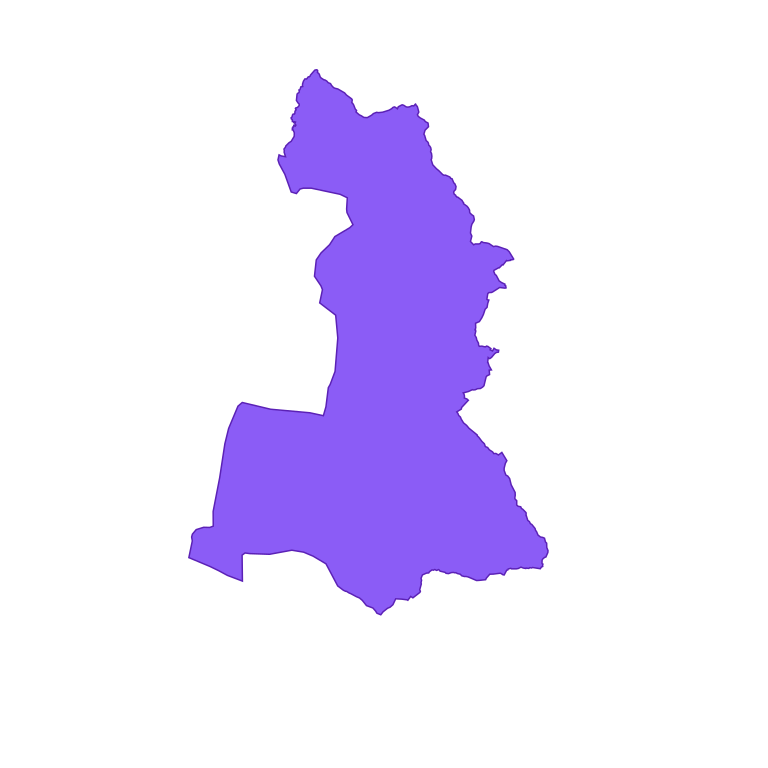 the district of Buciumeni, Dâmbovita, Romania, rotated 303°
{"feature_id": "2599482B58085044870447", "entity_name": "Buciumeni", "entity_type": "district", "adm_level": 2, "iso_a3": "ROU", "parent_name": "Romania", "parent_adm1": "Dâmbovita", "projection": "mercator", "projection_center": [25.46, 45.165], "detail": "fine", "context": "isolated", "style": "filled", "palette": "violet", "viewbox_px": 768, "rotation_deg": 303, "n_neighbors": 0, "source": "geoboundaries", "source_scale": "gbopen_adm2", "svg_char_len": 6159}
<svg xmlns="http://www.w3.org/2000/svg" viewBox="0 0 768 768"><g transform="rotate(303 384 384)"><path d="M319.5,615.4L319.4,614.6L319.8,614.1L322.4,612.5L324.2,612.5L326.3,613.3L327.1,614.0L331.9,613.2L333.6,612.3L335.5,609.6L339.1,607.1L339.5,605.4L342.1,602.6L341.8,600.7L340.9,598.6L341.2,595.4L343.2,592.5L343.9,590.7L345.1,589.4L346.7,584.5L346.6,582.9L347.8,580.8L347.9,578.9L351.3,574.8L351.2,574.7L353.3,573.4L353.6,572.7L354.5,568.7L354.5,567.0L355.5,565.5L354.5,563.1L354.8,561.2L358.4,558.9L358.9,556.7L359.4,555.9L362.1,554.7L364.5,553.0L368.7,545.6L373.1,540.9L374.2,537.9L374.0,535.8L377.0,531.8L378.9,530.6L383.6,529.0L386.6,528.8L390.8,520.1L386.8,518.6L386.7,515.7L385.4,513.9L386.2,512.1L386.2,508.1L387.2,505.5L386.7,503.1L388.5,500.8L389.2,497.3L390.9,492.7L391.4,490.3L392.0,490.0L393.2,479.3L394.3,475.8L394.7,471.9L396.6,467.9L397.9,466.1L398.3,463.8L399.6,462.0L400.2,460.2L405.1,462.5L406.6,461.9L416.3,463.6L416.6,461.7L416.0,459.0L417.8,458.0L419.1,456.6L419.7,455.3L423.8,459.0L427.4,461.2L427.5,461.9L428.8,463.6L431.0,465.0L432.7,467.3L435.1,468.4L437.0,468.8L445.5,465.8L446.9,465.9L449.4,467.4L452.9,464.7L454.3,466.4L456.5,462.2L458.6,459.6L458.5,459.2L462.9,457.0L462.7,458.4L462.9,458.9L464.9,459.7L469.8,460.3L471.7,461.1L473.0,462.6L474.8,461.8L473.8,459.6L473.9,456.8L470.8,457.0L470.5,454.4L471.9,454.4L472.1,450.6L471.6,449.3L470.6,449.0L470.0,448.1L469.1,445.5L467.5,443.4L468.2,442.1L469.7,441.0L471.4,437.9L473.2,436.1L474.4,433.6L478.3,432.2L479.3,431.2L479.1,430.8L481.0,430.4L484.8,427.7L488.3,430.0L492.7,430.0L496.5,429.5L501.8,428.1L504.4,428.7L508.1,427.1L511.5,426.2L510.9,424.6L511.1,424.1L516.4,421.8L517.8,422.2L519.3,424.3L520.4,425.0L527.9,428.4L530.3,433.3L531.1,434.0L532.8,432.4L532.7,431.4L533.6,431.0L533.1,427.3L533.2,424.4L536.3,418.9L536.3,417.5L538.2,414.7L539.2,414.3L544.0,416.9L544.2,417.4L548.6,418.3L548.7,419.0L554.3,419.5L554.3,420.1L556.6,422.8L557.1,422.5L558.6,424.5L559.4,424.7L563.1,417.0L563.7,414.2L561.3,404.4L560.5,402.6L558.9,401.0L559.0,395.6L558.3,393.5L556.7,390.2L556.6,388.6L556.2,388.2L554.0,388.1L552.9,387.0L551.1,384.2L549.6,383.4L550.6,378.9L555.9,377.1L557.7,374.3L563.1,371.6L565.8,370.7L569.7,370.6L571.1,370.2L573.7,367.6L573.8,365.4L574.2,363.2L574.7,362.3L576.4,361.1L577.7,358.7L578.3,356.9L578.5,352.5L579.3,352.1L579.7,350.9L580.5,349.4L580.9,344.0L580.5,343.4L580.7,342.2L581.3,341.4L581.5,339.4L582.5,338.2L583.6,337.7L586.1,338.1L588.8,336.9L590.5,334.4L590.7,333.0L593.2,329.3L592.8,327.8L593.4,326.9L593.4,326.0L592.7,321.9L591.8,320.7L591.6,319.2L592.8,313.6L593.1,310.7L594.4,305.5L597.8,301.4L599.0,301.2L601.1,300.1L603.3,298.2L604.1,296.6L606.2,295.9L607.7,294.4L608.5,292.7L608.6,291.6L610.3,289.9L610.8,288.9L611.1,286.8L614.6,282.7L615.2,281.4L619.2,280.2L624.0,281.2L626.2,279.4L626.9,278.6L626.6,276.5L626.8,275.0L627.3,274.2L626.9,269.6L627.1,267.0L628.0,265.4L631.0,265.1L634.3,261.5L635.0,260.6L635.1,259.4L635.9,258.3L635.9,257.9L633.4,257.5L632.7,255.9L630.4,254.5L629.2,253.2L628.5,251.7L628.5,248.8L628.2,247.5L627.7,246.9L624.3,245.0L622.1,245.3L622.3,243.0L622.0,241.7L620.5,240.7L619.4,240.6L616.4,239.1L611.2,234.8L608.6,231.6L607.8,229.8L605.0,227.8L602.7,227.2L598.3,224.9L596.6,221.9L596.6,218.9L596.3,216.7L596.9,212.4L598.5,212.0L598.9,210.2L601.5,206.6L602.4,204.7L602.4,203.8L604.9,202.7L605.5,201.7L605.9,195.1L606.7,192.4L606.3,184.6L605.3,181.7L605.1,180.3L605.8,177.5L606.8,175.5L606.3,173.1L606.9,171.0L606.8,168.7L606.4,168.1L606.4,164.6L606.8,163.2L608.4,161.2L608.9,160.2L609.0,158.5L610.6,157.8L611.0,157.1L610.7,156.1L609.5,155.0L603.1,154.1L601.6,154.3L601.0,154.1L600.4,153.2L597.7,153.0L596.8,151.5L594.1,151.5L591.5,152.2L589.8,153.1L589.2,153.8L587.9,152.4L585.5,153.1L584.5,153.1L584.2,152.6L582.8,153.9L581.9,153.9L580.5,153.2L579.6,153.3L574.1,156.1L572.9,158.8L572.5,160.5L571.3,161.2L568.8,160.8L567.4,159.6L566.7,159.7L566.1,160.9L564.3,160.8L562.2,161.9L561.7,161.9L560.9,160.8L559.9,160.7L557.9,161.4L556.6,161.1L555.8,162.0L555.9,162.9L554.2,164.2L554.7,165.0L554.2,165.8L555.2,166.1L555.5,167.1L553.5,167.5L553.2,169.0L552.8,169.2L551.9,169.1L551.7,167.5L550.4,168.0L550.0,167.6L549.3,167.9L548.6,167.7L548.2,168.5L547.2,168.6L547.4,169.6L545.9,171.9L542.8,173.8L537.0,174.0L534.6,172.9L530.2,172.0L528.7,172.4L526.9,172.1L526.2,172.4L525.3,173.4L524.1,173.9L521.0,177.6L519.3,173.6L519.0,171.2L514.2,173.0L511.5,176.3L505.9,186.6L494.5,201.6L496.0,206.8L501.8,207.4L504.3,209.7L508.6,216.3L519.2,243.9L520.2,251.8L510.3,257.4L507.6,259.6L500.7,271.2L496.5,270.2L480.9,262.5L471.2,262.5L459.6,259.8L451.2,259.6L436.5,267.0L432.0,277.6L429.6,281.0L417.0,285.9L415.4,306.0L397.4,320.2L367.9,336.1L354.3,339.1L350.6,339.3L333.3,347.7L324.4,350.4L319.5,337.5L301.1,302.7L291.3,275.2L285.9,273.6L262.1,277.9L247.2,283.1L216.0,297.2L184.1,310.1L171.8,318.2L168.8,316.0L165.6,310.8L159.6,305.8L153.7,305.1L150.9,306.0L148.0,308.7L132.1,314.9L136.2,337.5L137.4,347.1L138.2,356.9L141.6,372.6L163.2,358.2L166.6,359.5L168.7,363.9L178.9,380.8L194.4,397.2L199.2,408.2L201.0,418.3L201.6,433.3L189.4,455.2L188.9,462.2L189.2,464.6L189.7,465.6L189.7,468.3L190.1,470.6L190.6,476.7L191.2,480.0L190.7,483.7L188.6,490.0L190.1,496.6L189.0,500.6L187.9,502.9L188.7,507.0L192.4,507.3L197.8,509.1L200.2,510.7L203.8,511.7L210.2,510.8L213.2,516.0L215.6,521.0L215.6,521.8L220.4,522.1L220.4,524.7L228.7,527.6L230.0,527.4L230.9,526.0L236.6,524.2L237.5,523.3L239.9,522.4L241.2,520.9L244.8,520.2L248.5,522.6L249.9,524.4L251.4,524.4L254.2,525.5L254.9,527.0L256.0,527.5L256.2,528.0L256.2,529.4L256.6,529.9L258.0,530.7L258.1,531.3L257.6,533.0L259.3,537.8L259.0,539.1L260.1,541.4L262.4,543.1L263.7,544.7L264.3,546.4L264.9,547.0L265.0,548.8L266.0,551.5L265.5,553.7L266.3,556.2L267.3,557.7L268.0,559.6L269.6,568.7L271.4,571.1L275.2,575.8L277.0,575.6L282.1,576.3L284.1,579.2L288.5,584.4L288.8,585.2L288.8,587.7L289.3,588.8L294.6,588.3L295.5,589.1L296.5,588.9L297.6,589.9L298.5,590.8L298.4,591.6L301.1,595.7L302.4,597.1L305.0,598.6L305.5,601.0L306.5,603.4L307.0,603.4L308.2,605.9L309.4,606.3L310.1,608.0L311.0,608.5L314.2,615.7L316.2,615.7L317.4,616.5L318.4,615.7L319.5,615.4Z" fill="#8b5cf6" stroke="#5b21b6" stroke-width="1.5"/></g></svg>